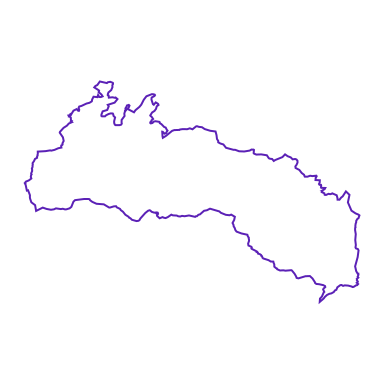 outline of Fildu De Jos, Salaj, Romania, rotated 179°
{"feature_id": "2599482B97947706093461", "entity_name": "Fildu De Jos", "entity_type": "district", "adm_level": 2, "iso_a3": "ROU", "parent_name": "Romania", "parent_adm1": "Salaj", "projection": "robinson", "projection_center": [22.992, 46.932], "detail": "fine", "context": "isolated", "style": "outline", "palette": "violet", "viewbox_px": 384, "rotation_deg": 179, "n_neighbors": 0, "source": "geoboundaries", "source_scale": "gbopen_adm2", "svg_char_len": 5996}
<svg xmlns="http://www.w3.org/2000/svg" viewBox="0 0 384 384"><g transform="rotate(179 192 192)"><path d="M323.2,253.6L320.1,248.9L319.4,245.3L320.7,242.9L320.5,242.1L320.8,241.4L321.9,240.8L322.0,239.8L321.8,238.7L324.9,238.1L328.8,236.5L332.1,235.8L333.0,236.1L337.8,235.4L345.5,235.1L345.5,232.8L345.9,231.6L345.7,231.2L346.4,229.8L346.3,228.9L348.4,227.8L349.4,225.7L350.9,223.6L350.7,222.1L351.0,221.5L350.9,220.8L351.1,219.5L351.7,218.4L351.4,217.6L351.6,216.9L351.4,215.9L352.5,213.4L352.1,212.3L352.5,212.0L352.9,210.0L352.4,208.3L355.0,206.4L357.9,205.3L358.8,204.1L358.6,203.9L359.0,203.7L358.2,202.0L357.1,196.3L355.9,196.6L354.6,193.1L354.1,191.6L354.2,189.7L354.0,188.2L352.8,184.5L349.1,181.6L348.2,175.8L341.5,179.0L337.7,177.6L333.3,176.7L330.3,177.1L328.3,178.0L323.4,177.2L321.5,177.5L319.2,176.8L317.8,176.9L314.7,177.8L312.9,179.2L310.7,184.4L309.1,185.9L299.9,186.9L295.7,186.8L294.6,186.6L294.1,185.6L291.9,183.9L287.7,181.9L280.4,181.2L275.1,177.9L274.2,177.9L270.4,179.0L268.2,179.1L267.5,178.0L264.3,176.4L263.5,175.1L261.4,173.5L259.0,170.4L255.8,168.3L255.4,167.5L254.0,166.8L252.6,165.3L248.0,163.9L246.2,164.1L245.1,164.7L244.1,166.4L239.1,171.8L236.3,174.0L234.7,174.5L234.0,174.2L232.7,172.9L230.1,172.0L227.5,172.2L226.6,171.9L226.4,171.2L227.4,170.7L226.7,170.2L227.4,169.3L227.3,168.7L224.8,166.3L221.9,167.4L220.4,166.7L218.8,166.4L216.5,167.4L213.1,169.7L211.6,169.0L207.6,168.7L206.3,168.0L204.3,167.7L202.4,168.3L199.8,167.9L195.4,168.6L189.3,167.1L188.8,167.6L187.5,167.7L186.0,169.1L184.4,169.5L180.3,173.0L177.4,173.5L174.3,175.0L165.0,172.1L163.5,170.7L158.6,168.6L154.9,168.1L153.2,168.7L149.6,166.5L150.3,163.4L152.0,160.3L151.1,158.5L150.9,156.8L150.1,155.7L149.2,153.0L148.5,152.1L148.1,151.6L143.3,149.7L137.4,148.3L136.9,146.6L136.0,145.3L136.1,144.3L135.9,143.8L135.8,142.2L136.8,139.4L136.5,137.5L133.6,136.2L133.2,135.6L133.6,134.6L133.4,134.2L128.2,131.4L128.0,131.2L128.3,130.8L127.2,130.2L127.0,129.2L125.3,128.7L124.0,127.8L123.9,127.0L123.1,126.6L122.7,125.1L121.9,124.3L116.6,122.5L114.5,121.1L111.9,121.0L111.5,119.3L111.0,118.3L111.0,115.9L109.3,114.4L108.4,114.0L108.2,113.3L105.4,112.0L102.0,112.1L99.9,111.7L94.1,112.1L93.5,111.8L90.9,108.5L89.4,105.8L88.9,104.3L87.1,103.8L80.1,105.8L75.6,105.9L73.0,103.4L70.7,99.7L70.6,99.0L69.3,97.9L66.6,97.6L62.4,96.6L60.6,95.6L60.4,94.6L62.1,93.2L62.6,92.3L61.5,89.8L62.0,89.4L64.0,85.1L65.9,83.2L66.2,79.9L62.1,83.3L61.1,84.7L58.8,86.7L56.5,87.8L54.4,88.2L52.0,89.5L50.8,91.1L49.4,91.7L48.3,94.2L45.3,96.3L44.1,96.4L42.6,95.5L40.9,96.0L37.5,95.7L33.9,94.7L33.3,94.2L32.1,94.3L29.4,95.9L28.5,96.0L27.5,97.1L28.8,98.3L28.1,98.8L28.2,99.2L27.8,99.7L28.7,100.9L28.5,101.9L28.7,102.2L27.2,103.5L27.9,104.3L27.0,106.4L27.1,107.4L27.7,107.3L29.2,110.0L30.2,114.8L27.5,124.0L26.5,130.7L27.1,132.0L29.1,132.8L29.5,133.8L29.1,136.1L29.6,141.1L29.0,147.0L29.6,151.1L29.5,153.3L29.1,153.9L29.3,155.0L28.9,157.6L28.4,158.7L28.3,160.3L27.2,162.1L26.0,162.9L25.0,165.7L26.0,166.5L28.9,167.8L32.9,170.6L36.3,178.9L34.6,186.4L38.1,189.9L41.4,185.0L43.0,183.8L44.7,181.7L46.2,181.8L46.6,181.8L46.7,183.5L47.4,186.2L51.8,188.2L52.3,187.8L53.9,187.4L55.5,187.8L58.1,186.7L59.4,186.9L59.7,188.4L62.2,189.6L61.6,190.8L62.1,191.0L59.3,192.6L58.7,193.7L62.7,193.9L63.0,194.5L62.7,196.1L62.9,196.9L64.4,197.0L64.9,197.8L64.2,199.1L64.0,201.5L68.3,201.8L68.1,203.7L67.3,205.2L67.9,205.2L67.8,206.1L71.4,205.8L73.6,206.2L76.3,205.3L79.0,205.4L79.7,207.3L82.0,209.1L84.3,212.2L88.0,214.2L88.2,215.8L87.1,217.2L86.0,219.5L86.0,221.4L87.0,222.7L88.3,223.2L90.8,222.9L92.7,224.9L95.7,226.1L98.3,228.0L101.0,225.3L108.3,222.5L109.7,221.6L111.3,223.6L113.4,223.9L114.6,224.4L116.5,227.4L122.1,228.4L127.1,228.3L129.3,229.3L129.7,229.8L129.3,233.0L129.7,233.3L131.8,233.4L133.6,232.4L139.0,231.6L144.2,231.9L148.0,233.4L149.9,233.5L157.2,235.6L159.8,239.0L162.8,240.0L164.9,241.2L164.9,242.6L166.1,244.6L166.5,248.4L167.4,252.1L172.7,252.9L178.2,254.7L180.9,256.6L183.9,257.0L185.9,257.7L186.8,257.5L190.4,254.7L193.1,255.7L195.6,254.9L200.5,255.0L203.0,254.7L203.4,254.3L208.6,254.2L210.8,253.5L217.0,248.6L220.2,246.7L220.5,248.2L220.7,252.8L220.2,252.7L218.4,250.8L216.7,251.5L216.5,252.2L215.4,253.8L216.1,254.6L217.2,256.9L218.7,257.5L221.4,260.4L223.0,261.4L223.1,262.4L223.4,262.7L227.3,263.4L229.1,263.0L230.3,261.7L232.0,261.3L232.5,261.7L232.5,262.4L231.4,263.6L231.2,264.4L229.6,265.7L231.1,268.0L232.0,268.6L232.4,269.3L230.5,272.2L228.1,273.7L226.5,275.8L225.9,277.9L225.2,278.8L224.0,279.5L224.1,280.2L224.5,280.8L226.7,282.2L228.7,279.9L229.5,280.5L230.9,285.0L230.8,286.8L230.6,287.2L227.9,288.6L227.3,289.5L227.6,290.0L228.9,290.4L230.5,290.5L235.9,288.5L238.6,285.1L241.2,280.2L243.1,278.0L247.1,274.8L248.6,272.7L255.0,276.2L253.8,277.6L253.0,279.5L253.7,280.2L255.6,279.6L255.7,278.9L257.1,276.8L257.0,276.2L256.4,276.0L256.4,275.1L257.5,274.6L257.3,273.9L257.7,273.5L258.3,271.5L258.1,269.2L261.1,265.3L261.2,262.8L261.0,261.7L261.4,260.9L261.8,260.5L263.4,260.1L267.3,260.2L268.0,260.7L268.6,262.3L268.6,264.2L267.6,267.9L269.1,269.4L269.5,271.3L269.9,271.9L271.9,272.0L273.9,271.5L276.6,270.2L277.6,269.2L280.7,269.2L281.3,269.7L281.2,271.0L279.9,274.2L275.3,275.5L273.8,279.1L274.7,280.6L267.8,282.7L264.9,286.2L266.7,287.8L267.2,287.5L269.9,288.1L273.5,287.8L273.7,289.9L274.5,290.2L274.5,291.2L273.8,293.0L271.0,295.3L269.7,298.2L269.8,300.2L269.1,301.3L269.1,302.3L269.4,302.6L271.8,303.6L274.2,303.2L275.2,302.4L282.2,304.1L284.8,300.6L286.7,299.7L287.9,298.3L283.3,295.2L283.1,294.8L283.6,293.6L280.8,291.0L279.7,289.2L281.5,288.5L283.1,288.6L284.2,290.6L285.0,288.5L288.8,289.0L290.2,286.3L290.6,284.4L292.9,283.0L295.9,282.3L301.0,280.0L303.3,279.4L303.9,278.1L303.3,276.1L303.7,275.1L304.5,275.3L305.9,276.9L309.1,275.4L310.6,273.0L312.0,272.1L311.4,271.6L311.6,271.2L314.1,270.7L313.7,270.1L313.8,269.6L312.3,269.1L311.9,268.6L311.8,265.8L311.0,265.2L311.8,264.5L310.9,263.9L314.0,262.6L315.9,260.5L319.3,258.4L323.0,254.4L323.2,253.6Z" fill="none" stroke="#5b21b6" stroke-width="2"/></g></svg>